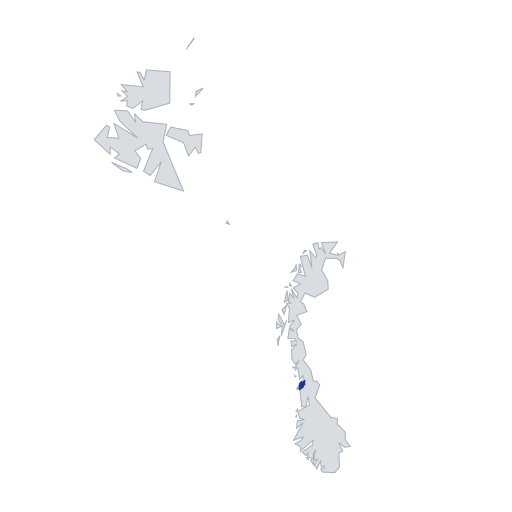 Nærøy nor, Nord-Trøndelag, Norway (highlighted), rotated 321°
{"feature_id": "86288312B32212303283583", "entity_name": "Nærøy nor", "entity_type": "district", "adm_level": 2, "iso_a3": "NOR", "parent_name": "Norway", "parent_adm1": "Nord-Trøndelag", "projection": "mercator", "projection_center": [11.614, 64.899], "detail": "fine", "context": "in_parent", "style": "filled", "palette": "blue", "viewbox_px": 512, "rotation_deg": 321, "n_neighbors": 0, "source": "geoboundaries", "source_scale": "gbopen_adm2", "svg_char_len": 7789}
<svg xmlns="http://www.w3.org/2000/svg" viewBox="0 0 512 512"><g transform="rotate(321 256 256)"><path d="M270.7,315.5L261.6,319.9L263.0,322.9L260.7,331.2L250.4,327.8L248.0,337.7L241.0,338.8L237.0,346.4L238.7,352.3L233.0,364.0L227.2,366.7L226.8,379.1L221.7,389.5L224.4,391.2L224.3,396.4L212.6,403.4L212.5,428.6L217.0,433.3L213.4,437.8L214.6,449.0L209.6,455.3L209.4,463.4L204.4,460.3L202.9,453.2L200.4,462.4L196.5,461.1L188.0,472.6L180.8,474.0L171.6,465.7L172.2,462.3L175.2,464.0L176.9,462.5L173.9,461.3L177.1,455.7L169.3,459.8L170.3,454.7L175.9,452.6L173.0,452.0L175.5,447.5L180.7,444.0L175.6,446.1L169.4,454.8L169.7,449.3L172.7,448.8L169.3,444.8L172.4,441.8L169.2,442.4L168.5,437.4L181.0,438.4L184.5,435.2L169.1,435.4L170.5,431.6L168.0,426.5L174.7,427.7L179.1,426.6L169.3,422.8L187.5,415.2L179.1,415.4L184.3,410.2L190.8,413.7L187.9,409.4L190.5,403.3L203.9,405.3L208.2,397.7L199.6,404.6L196.6,401.9L208.4,383.8L214.7,382.0L217.2,378.5L212.4,379.4L217.9,369.3L216.4,367.1L224.1,364.1L218.5,365.1L219.0,358.8L224.6,351.3L232.6,350.0L226.6,348.9L229.8,344.0L233.7,347.6L234.3,344.9L228.8,340.2L236.3,333.3L238.1,339.0L237.5,331.8L245.8,330.0L239.4,328.2L249.1,317.6L250.1,312.1L253.8,314.8L252.3,311.7L258.9,306.2L258.6,312.9L262.8,303.7L261.5,314.4L265.4,311.2L264.7,304.2L273.0,305.6L269.2,298.5L277.4,295.9L281.5,303.0L290.2,284.1L296.4,287.7L291.9,300.7L300.9,285.9L301.4,295.2L303.9,293.4L307.6,282.5L312.5,284.7L309.5,290.3L311.8,290.5L311.3,298.2L315.2,286.8L328.3,296.4L314.9,300.1L320.5,307.3L328.1,308.9L316.1,319.9L318.3,312.1L317.1,308.6L308.6,301.5L298.2,308.2L296.2,320.4L291.3,327.2L275.7,325.1L270.7,315.5ZM237.7,53.6L247.5,62.4L246.5,76.5L251.0,69.1L252.7,80.6L269.4,97.5L255.6,108.7L240.5,159.9L223.9,134.4L241.8,123.1L224.4,126.8L221.9,119.3L243.4,107.5L239.0,104.9L241.0,99.9L228.1,98.1L227.8,107.6L218.7,113.0L207.7,90.8L214.1,90.7L211.4,79.6L206.7,85.0L203.5,63.8L222.0,60.3L223.4,63.7L215.0,70.3L223.6,78.1L229.0,63.6L238.3,90.0L235.1,65.5L237.7,53.6ZM259.2,38.0L274.9,53.6L279.4,38.2L281.3,40.0L280.0,48.7L288.0,42.5L305.2,58.7L285.2,82.9L261.6,73.0L258.8,69.6L265.7,64.2L253.0,63.8L250.1,57.9L253.8,54.1L248.0,50.3L256.8,51.2L255.8,43.4L259.3,47.2L259.2,38.0ZM270.7,102.0L282.1,115.7L280.0,120.4L291.0,127.2L278.1,140.9L275.8,139.8L277.4,133.1L266.6,135.8L271.0,122.4L262.2,105.7L270.7,102.0ZM234.7,327.7L239.6,325.1L225.5,333.9L232.6,326.8L233.0,319.5L237.0,315.5L234.7,327.7ZM242.4,314.0L249.0,313.4L241.2,319.1L242.4,314.0ZM248.9,309.8L258.4,302.3L253.4,310.2L248.9,309.8ZM202.7,92.3L210.5,107.0L212.3,113.2L206.2,106.1L202.7,92.3ZM230.3,320.3L231.4,326.8L226.2,325.2L230.3,320.3ZM282.0,287.7L278.3,292.8L273.1,290.7L279.1,289.7L282.0,287.7ZM282.7,291.4L281.0,297.3L278.8,295.7L282.7,291.4ZM219.6,334.4L224.6,333.0L219.1,337.2L219.6,334.4ZM344.3,48.3L331.6,51.5L344.8,47.6L344.3,48.3ZM313.3,90.2L320.6,92.3L309.4,93.9L313.3,90.2ZM293.6,283.6L297.5,282.2L298.7,283.5L293.6,283.6ZM285.2,289.9L284.4,293.1L283.4,290.3L285.2,289.9ZM264.9,298.5L264.8,301.7L263.3,300.5L264.9,298.5ZM255.8,210.9L255.3,214.7L253.4,211.6L255.8,210.9ZM304.0,98.8L300.6,98.1L300.3,96.1L304.0,98.8ZM205.5,383.8L206.5,385.8L203.8,385.4L205.5,383.8ZM258.4,297.9L260.3,299.0L261.4,300.8L258.4,297.9ZM250.3,42.4L251.8,46.6L249.5,45.0L250.3,42.4ZM191.8,401.9L188.7,402.2L191.9,401.0L191.8,401.9ZM187.4,405.1L186.2,406.8L185.7,405.9L187.4,405.1ZM218.3,337.8L216.6,340.0L218.5,336.3L218.3,337.8ZM168.8,445.5L168.4,447.9L168.2,444.8L168.8,445.5ZM215.1,367.5L214.4,365.8L215.4,365.9L215.1,367.5ZM321.4,304.4L321.0,306.8L320.9,306.4L321.4,304.4ZM216.0,369.2L214.2,369.5L216.4,368.7L216.0,369.2ZM210.8,373.1L211.0,374.7L210.1,374.2L210.8,373.1ZM167.9,435.3L167.2,436.8L167.4,435.6L167.9,435.3Z" fill="#d9dde1" stroke="#a8b0b8" stroke-width="1"/><path d="M212.8,383.9L212.7,383.7L212.6,383.4L212.5,383.2L212.4,383.2L212.3,383.3L212.4,383.5L212.3,383.4L212.1,383.5L212.0,383.3L211.9,383.3L211.8,383.0L211.8,382.8L211.8,382.7L211.4,382.5L211.5,382.4L211.3,382.4L211.3,382.5L211.2,382.6L211.3,382.6L211.1,382.6L210.5,383.2L210.4,383.2L210.3,383.3L210.3,383.5L210.2,383.6L210.2,383.4L210.1,383.5L209.9,383.5L209.9,383.4L209.8,383.2L209.7,383.2L209.6,383.5L209.6,383.3L209.4,383.4L209.2,383.5L209.1,383.8L209.6,383.7L209.8,383.8L209.8,383.7L210.2,383.8L209.9,383.9L209.9,384.0L209.5,384.2L209.5,383.9L209.2,384.0L209.4,384.2L209.4,384.3L209.5,384.4L209.4,384.4L209.2,384.4L209.3,384.3L209.2,384.0L208.9,384.3L209.0,384.1L208.9,384.1L208.5,384.2L208.3,384.4L208.4,384.5L208.6,384.6L208.6,384.8L208.9,384.8L208.9,384.6L209.2,384.5L209.0,384.8L209.1,385.0L209.0,384.9L208.9,384.8L208.9,385.0L209.0,385.0L208.9,385.1L209.6,384.9L209.9,384.8L209.5,385.1L209.1,385.2L209.0,385.4L208.0,385.4L207.1,385.7L207.1,385.8L207.3,385.8L207.1,385.9L207.3,385.8L207.0,385.9L207.0,386.0L206.9,386.0L207.0,386.0L206.9,386.2L207.0,386.2L206.9,386.2L206.9,386.3L207.1,386.2L207.1,386.3L207.3,386.2L207.1,386.2L207.5,386.0L207.3,386.2L207.5,386.3L207.6,386.2L207.5,386.3L208.0,386.3L208.1,386.2L207.8,386.5L207.7,386.6L207.8,386.6L207.6,386.7L207.7,386.8L207.3,387.0L207.2,387.1L206.6,387.2L206.8,387.2L206.6,387.3L206.8,387.3L207.1,387.1L206.8,387.4L207.4,387.2L207.8,387.1L208.0,386.9L207.9,386.8L208.0,386.8L208.3,386.5L208.0,386.6L207.9,386.5L208.3,386.5L208.3,386.4L208.2,386.4L208.4,386.3L208.2,386.3L208.5,386.3L208.6,386.1L208.8,386.2L209.2,386.0L209.4,385.8L209.5,385.5L209.3,385.5L209.2,385.4L209.3,385.4L209.9,385.1L210.4,384.8L210.9,384.6L211.3,384.2L211.3,384.3L211.6,384.3L211.8,384.1L211.7,384.0L211.8,384.0L211.9,383.9L212.0,384.0L212.3,383.9L212.5,383.9L212.7,384.1L212.9,384.3L213.1,384.3L213.1,384.2L213.4,384.2L213.5,384.4L214.0,384.6L214.1,384.8L214.7,384.4L215.1,383.7L214.7,383.8L214.0,383.6L213.3,384.1L213.1,383.9L212.8,383.9ZM213.6,384.5L213.0,384.3L212.9,384.5L212.7,384.5L212.6,384.4L212.8,384.3L212.7,384.1L212.4,384.0L212.0,384.1L211.8,384.3L211.7,384.5L211.3,384.4L210.8,384.8L210.7,384.9L210.2,385.1L209.7,385.3L209.9,385.4L209.5,385.5L209.4,385.9L209.6,385.9L210.0,385.8L210.2,385.5L210.4,385.5L210.2,385.6L210.4,385.5L210.0,385.9L209.3,386.1L209.6,386.1L209.6,386.3L209.8,386.3L210.0,386.2L210.0,386.3L209.9,386.4L210.0,386.4L209.9,386.5L210.2,386.4L210.3,386.4L210.2,386.4L210.4,386.3L210.7,386.4L210.7,386.5L210.4,386.6L210.1,386.7L209.9,386.9L210.0,386.8L209.9,386.6L209.7,386.7L209.8,386.7L209.8,386.8L209.6,386.8L209.4,386.7L209.3,386.8L209.1,386.8L208.9,387.0L209.0,387.0L209.3,386.9L209.2,387.0L209.3,387.0L209.2,387.1L209.3,387.2L209.1,387.2L209.3,387.2L209.2,387.3L209.4,387.3L209.0,387.2L208.8,387.0L208.6,387.1L208.7,387.3L209.3,387.5L209.6,387.5L209.7,387.4L210.1,387.0L210.9,386.9L211.0,386.7L211.4,386.6L211.6,386.4L211.6,386.1L211.9,386.0L212.1,386.0L212.3,385.9L212.5,386.0L212.8,386.3L212.9,386.2L213.1,386.2L213.0,385.9L213.3,385.7L213.3,385.3L213.4,385.1L213.5,384.9L213.6,384.5ZM208.3,384.4L207.6,384.9L207.6,385.0L207.3,385.2L207.1,385.4L207.1,385.5L208.0,385.3L208.7,385.3L208.9,385.2L208.7,385.1L208.8,385.0L208.7,385.0L208.7,384.9L208.5,384.7L208.4,384.6L208.5,384.6L208.2,384.5L208.3,384.4ZM210.8,382.5L210.3,382.9L210.0,382.9L210.1,383.0L210.0,383.3L210.6,382.9L211.1,382.5L210.8,382.5ZM208.3,384.1L208.1,384.0L207.9,384.1L207.9,384.3L208.1,384.3L208.3,384.2L208.3,384.1ZM206.9,385.8L206.6,385.9L206.4,386.2L206.5,386.2L206.4,386.2L206.5,386.2L206.9,385.8ZM207.2,386.4L207.2,386.5L206.9,386.6L207.2,386.6L207.3,386.5L207.3,386.4L207.2,386.4ZM207.0,385.6L206.8,385.6L206.6,385.9L207.0,385.8L207.0,385.7L206.9,385.7L207.0,385.6ZM209.6,383.1L209.4,383.2L209.2,383.3L209.5,383.3L209.6,383.2L209.6,383.1ZM206.5,387.1L206.1,387.1L206.3,387.1L206.1,387.2L206.2,387.3L206.5,387.1ZM210.1,386.6L210.3,386.7L210.1,386.6L210.1,386.6ZM209.7,386.3L209.4,386.3L209.5,386.4L209.7,386.3ZM208.7,386.4L208.4,386.4L208.7,386.4Z" fill="#3b82f6" stroke="#1e3a8a" stroke-width="1.5"/></g></svg>